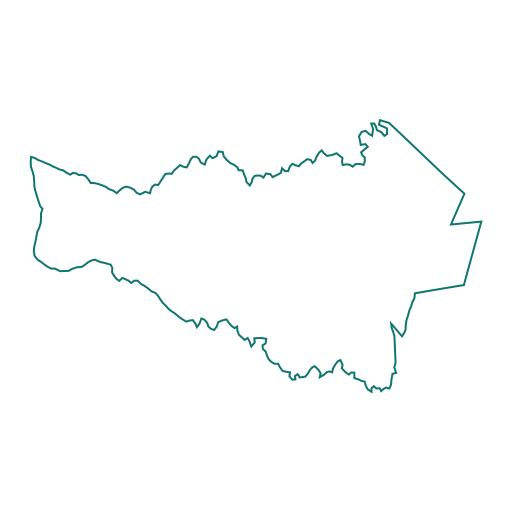 the district of Nossa Senhora da Glória, Sergipe, Brazil
{"feature_id": "56859067B27700836556766", "entity_name": "Nossa Senhora da Glória", "entity_type": "district", "adm_level": 2, "iso_a3": "BRA", "parent_name": "Brazil", "parent_adm1": "Sergipe", "projection": "natural_earth1", "projection_center": [-37.571, -10.185], "detail": "fine", "context": "isolated", "style": "outline", "palette": "teal", "viewbox_px": 512, "rotation_deg": 0, "n_neighbors": 0, "source": "geoboundaries", "source_scale": "gbopen_adm2", "svg_char_len": 4027}
<svg xmlns="http://www.w3.org/2000/svg" viewBox="0 0 512 512"><path d="M210.6,328.6L214.2,330.0L216.9,326.3L218.1,322.4L221.6,320.6L226.5,319.4L229.0,323.0L231.6,326.0L234.6,328.1L237.1,326.6L237.4,330.8L239.0,334.9L241.8,337.3L244.6,339.9L247.7,338.0L249.5,341.4L251.3,346.5L254.7,342.5L254.4,338.3L259.0,338.0L262.7,338.2L266.3,338.8L265.6,343.5L262.6,345.2L262.8,348.8L265.7,351.7L267.3,356.4L268.8,359.4L271.0,361.6L274.3,363.7L278.2,363.8L279.8,367.1L282.6,370.9L286.7,371.9L290.0,372.3L289.4,376.3L292.3,379.7L295.4,379.4L295.0,376.0L297.7,374.2L299.8,377.5L305.3,376.6L308.1,373.3L309.6,370.4L312.2,367.4L314.7,366.2L318.2,369.5L320.6,373.2L319.8,377.2L323.8,374.9L326.7,372.2L329.5,371.4L332.2,372.3L333.0,368.5L335.1,364.8L337.7,361.4L340.4,360.1L342.6,365.0L341.8,368.3L345.6,372.3L348.8,374.5L351.3,372.5L354.3,372.6L354.4,378.1L358.2,379.3L361.2,380.8L364.8,381.7L365.8,385.9L367.8,389.4L371.5,391.8L371.5,388.3L373.8,386.2L376.3,388.5L379.6,388.2L381.1,391.1L383.5,389.0L386.0,387.6L389.4,388.5L391.1,384.5L391.4,379.8L392.5,373.8L396.1,373.0L394.3,367.3L395.6,362.6L394.4,336.3L393.6,333.2L391.6,327.6L391.2,323.7L402.0,336.3L404.3,332.6L405.6,329.5L405.7,325.3L406.5,320.1L408.0,315.6L409.4,310.3L411.3,306.0L412.2,302.5L414.4,298.3L414.9,293.3L436.3,289.6L459.9,285.7L463.9,285.1L465.7,278.3L481.3,221.6L451.0,224.5L464.4,193.7L442.9,174.0L415.9,148.3L389.1,122.9L379.9,120.2L379.0,124.8L382.9,126.5L387.0,128.4L387.1,133.9L384.4,135.9L381.4,132.2L376.9,130.1L376.0,126.7L374.2,123.5L371.3,123.6L373.1,129.3L372.1,135.7L369.3,134.1L365.4,130.8L361.5,132.0L359.0,136.3L360.2,141.8L360.7,144.9L365.4,144.1L367.8,146.8L364.2,149.7L361.1,152.3L362.4,155.4L364.7,157.3L364.8,161.5L363.6,164.8L359.4,163.9L355.4,164.1L352.7,166.7L349.8,164.7L346.4,164.3L342.7,165.1L342.0,161.5L342.5,157.9L339.8,155.9L336.5,153.3L332.1,155.0L327.0,155.9L323.7,153.1L321.7,150.4L319.2,152.5L316.8,156.3L315.0,160.7L312.6,163.0L310.7,159.9L307.1,159.2L303.7,161.7L301.0,163.6L299.0,166.2L295.5,165.3L292.4,163.8L289.9,166.5L288.2,171.1L285.1,171.2L282.0,168.3L280.9,172.9L277.9,174.5L275.2,175.8L272.6,177.2L270.5,174.2L266.1,173.5L263.4,177.6L260.7,175.7L257.7,175.5L254.6,175.9L252.5,178.7L251.6,182.4L249.8,185.5L246.5,182.0L245.6,177.9L244.1,174.5L242.7,170.4L238.5,170.2L237.4,167.4L234.3,164.9L230.2,163.0L226.6,159.8L223.7,156.3L222.8,152.1L218.4,151.4L216.6,156.1L212.7,158.2L209.9,155.7L206.6,159.2L204.7,164.6L200.8,162.5L198.7,158.4L196.3,156.8L193.1,156.8L190.9,159.0L189.6,161.9L186.8,167.4L183.2,166.7L180.1,165.1L177.0,167.9L173.8,170.7L171.7,173.9L168.9,173.5L165.3,174.0L162.1,179.0L159.9,182.4L158.2,185.0L155.0,184.6L152.3,186.7L150.8,189.7L150.1,193.2L145.2,191.8L140.0,194.4L136.6,192.8L134.2,189.9L130.8,187.9L126.3,186.6L122.6,187.9L119.7,190.4L116.7,193.2L113.2,190.6L109.2,189.2L105.6,186.7L102.3,185.4L98.0,183.9L93.7,182.9L90.8,183.1L88.3,179.3L85.4,175.9L81.8,174.7L78.7,175.0L76.4,173.5L72.9,172.9L70.2,174.7L66.6,172.7L62.8,170.2L59.2,169.4L55.7,167.6L52.7,166.4L49.4,164.5L46.0,163.2L42.1,161.5L37.9,159.9L34.9,158.0L31.1,156.9L30.7,160.9L30.9,166.6L32.8,172.3L33.8,176.5L34.2,182.2L34.3,185.7L34.9,189.5L36.3,194.0L38.5,201.2L40.2,206.2L42.5,208.8L41.0,213.4L41.0,217.4L40.8,222.4L39.2,228.0L37.3,231.6L36.7,234.9L35.5,241.6L34.3,246.4L33.8,251.1L34.5,255.7L37.6,259.7L40.8,261.7L43.3,263.7L46.9,266.3L51.1,268.6L55.0,268.6L57.5,269.9L60.2,271.2L64.8,271.0L68.8,270.8L72.0,268.9L76.6,267.4L81.9,266.8L85.2,264.6L88.3,262.1L91.5,260.5L95.1,259.7L97.7,260.9L100.4,262.1L103.2,262.6L106.3,263.4L110.7,264.7L112.3,267.8L112.1,272.5L114.3,276.2L116.3,278.7L119.1,280.9L122.5,277.9L125.3,279.2L128.3,280.5L131.2,283.0L134.4,280.7L137.7,280.7L140.9,283.9L144.5,285.9L148.0,288.4L151.3,291.2L155.6,293.1L158.0,295.8L160.5,299.7L162.7,302.8L165.9,305.8L168.9,309.3L171.5,311.2L174.5,313.1L177.5,315.6L180.4,318.0L183.5,319.9L186.1,321.6L189.4,320.6L192.8,320.1L195.4,323.6L196.9,327.2L199.7,323.2L201.4,318.5L204.2,319.5L207.1,322.7L208.4,326.5L210.6,328.6Z" fill="none" stroke="#0f766e" stroke-width="2"/></svg>